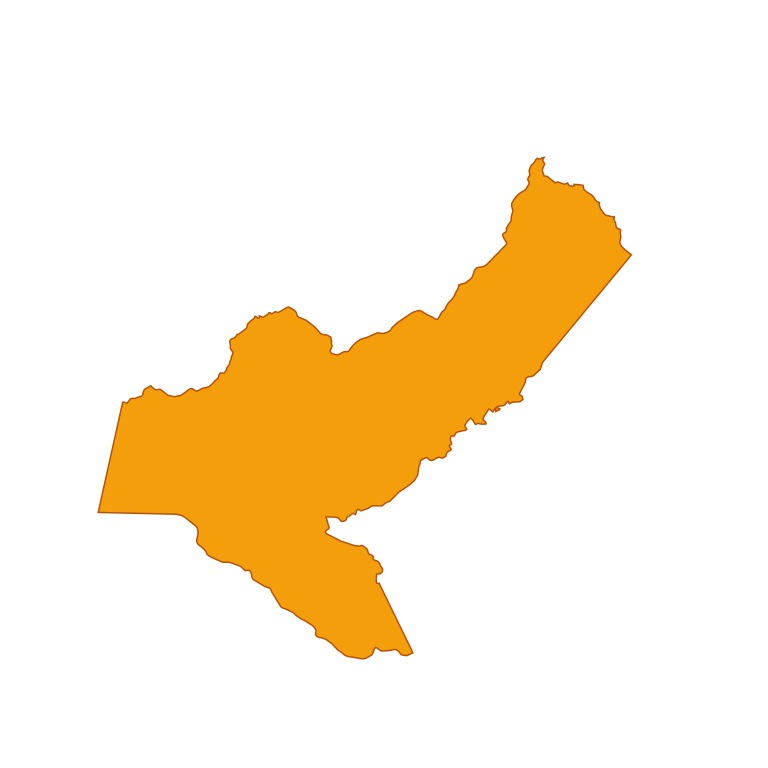 map outline of Sangha (orthographic projection), rotated 129°
{"feature_id": "COG-2880", "entity_name": "Sangha", "entity_type": "Region", "adm_level": 1, "iso_a3": "COG", "parent_name": "Republic of the Congo", "parent_adm1": "", "projection": "orthographic", "projection_center": [15.265, 1.384], "detail": "fine", "context": "isolated", "style": "filled", "palette": "amber", "viewbox_px": 768, "rotation_deg": 129, "n_neighbors": 0, "source": "natural_earth", "source_scale": "10m", "svg_char_len": 6171}
<svg xmlns="http://www.w3.org/2000/svg" viewBox="0 0 768 768"><g transform="rotate(129 384 384)"><path d="M109.3,362.0L106.7,358.3L104.3,354.2L106.8,351.4L107.2,347.9L106.4,341.4L106.9,338.4L107.9,335.7L108.3,333.2L107.3,330.8L109.1,329.7L110.5,327.9L111.6,325.7L113.1,320.5L113.3,318.2L112.7,316.5L112.0,315.4L110.9,312.8L109.0,310.3L109.6,309.7L111.3,309.2L113.2,305.3L115.9,302.3L116.2,300.8L115.4,298.1L115.4,296.9L117.5,295.9L120.1,293.1L120.9,292.4L126.0,289.6L127.5,286.2L128.0,281.6L127.9,273.0L266.6,274.4L267.9,274.2L274.2,271.8L283.3,273.0L285.5,274.3L288.2,276.8L290.3,277.3L291.1,277.0L294.0,275.2L305.3,272.8L306.6,272.4L307.0,271.1L306.7,269.8L306.7,268.5L308.7,266.3L312.4,267.3L317.1,272.6L320.5,274.1L319.3,276.4L320.7,277.1L324.4,277.0L326.4,278.2L329.2,281.1L331.3,281.9L330.3,278.4L331.4,277.9L335.2,280.0L333.2,281.6L332.3,281.9L333.7,282.4L337.1,281.9L337.3,282.9L337.2,286.1L337.6,286.8L346.4,285.8L348.5,285.3L349.5,284.0L349.8,280.5L350.8,279.6L352.8,281.6L354.7,284.4L355.2,285.8L357.9,287.7L356.4,291.7L355.8,295.2L361.5,295.7L364.6,295.3L365.9,294.7L367.0,291.2L368.4,291.4L375.2,296.8L377.4,297.4L380.2,296.5L381.8,299.1L384.2,298.4L386.5,296.0L388.0,293.7L388.8,293.7L390.9,294.5L392.8,290.3L397.4,292.0L401.5,290.5L404.5,291.7L405.2,292.5L406.6,295.7L412.2,297.9L413.3,298.8L414.1,299.9L414.4,300.9L414.0,303.6L414.2,304.2L415.3,305.4L416.0,305.5L419.4,307.0L419.3,307.4L421.0,307.1L423.7,305.7L426.5,304.8L433.8,300.4L440.1,299.6L446.3,300.7L458.4,304.3L472.0,305.8L472.6,306.5L474.1,307.3L475.9,308.0L479.2,308.6L480.3,309.2L485.7,316.1L487.5,317.1L491.3,318.4L494.7,320.6L496.1,321.3L497.1,322.3L497.4,324.4L498.1,325.6L499.8,325.6L503.3,324.0L503.7,326.3L505.8,327.3L508.6,327.9L511.1,328.9L512.5,328.1L514.2,328.1L515.8,328.8L517.0,329.8L517.6,331.5L517.0,334.2L517.0,335.7L518.2,338.2L523.8,345.4L530.2,336.2L531.5,335.9L534.5,336.9L536.1,336.2L536.5,334.0L533.1,318.2L528.3,305.7L525.7,301.4L524.5,300.3L523.6,299.9L523.1,299.1L522.9,293.9L523.3,292.5L525.5,289.4L525.5,288.2L524.6,285.4L524.8,283.9L525.2,283.2L526.7,282.9L527.0,280.9L526.0,278.3L525.7,276.5L526.1,274.8L527.8,271.6L528.7,268.5L531.0,267.1L533.9,267.6L536.5,270.1L542.3,265.8L543.4,264.3L542.7,263.0L541.9,262.4L574.7,192.4L580.5,195.1L582.3,197.6L583.3,199.7L583.5,201.1L582.7,203.5L582.5,205.1L582.9,207.6L583.7,208.8L587.3,211.5L592.5,217.2L593.2,218.5L593.5,219.8L593.6,223.6L594.3,224.7L595.4,224.8L596.4,224.7L599.8,223.4L602.1,223.0L607.1,224.8L609.7,226.2L611.5,228.3L618.5,240.7L619.2,242.7L619.5,244.4L619.3,247.8L619.8,252.3L618.6,261.5L619.0,268.3L620.4,272.7L621.8,274.8L622.4,277.6L621.8,279.6L619.1,281.1L618.2,281.8L617.6,282.8L616.9,286.3L616.8,288.6L617.9,297.4L618.8,300.7L619.2,306.6L618.8,309.4L619.0,311.9L620.8,319.1L621.9,321.9L622.0,323.8L621.7,325.1L616.3,340.3L614.9,342.7L614.6,344.3L616.4,349.3L618.2,362.6L617.9,363.8L617.3,364.8L614.3,368.6L613.8,369.7L613.5,371.1L614.1,372.2L616.1,374.0L616.4,375.0L615.9,379.9L616.2,381.8L619.3,390.5L620.3,392.7L623.2,396.0L624.3,397.8L627.5,410.2L627.8,412.9L627.6,414.9L626.8,416.0L626.1,417.7L625.6,419.7L625.6,427.2L625.4,428.3L624.9,429.3L624.3,430.4L623.3,431.2L616.7,434.8L615.7,435.8L613.2,438.9L612.8,440.7L612.9,455.0L613.7,459.0L616.0,463.6L663.7,525.3L562.6,575.6L561.7,574.6L560.5,571.5L555.5,571.8L554.6,571.6L553.6,570.7L552.0,568.4L549.4,567.1L546.4,564.9L545.0,564.7L544.3,564.8L540.8,566.4L538.6,566.7L535.0,565.2L532.9,564.6L532.4,564.3L532.2,563.9L532.5,559.4L532.2,558.0L531.5,556.9L529.2,555.1L528.8,553.9L528.8,544.9L526.2,539.7L525.4,538.5L523.7,537.3L521.7,535.4L520.4,534.7L514.5,532.9L511.0,532.2L509.5,531.5L508.9,531.0L508.2,529.8L508.0,526.3L507.3,525.1L506.8,524.6L505.5,524.0L502.0,522.6L500.3,521.4L499.3,520.4L496.1,518.3L491.4,517.5L487.9,517.4L483.7,516.6L481.1,517.8L479.7,518.1L478.7,518.1L478.1,517.8L476.9,515.8L475.9,515.2L474.8,515.1L472.4,515.3L470.6,516.2L465.7,516.7L463.8,517.7L460.9,518.4L459.1,519.6L455.2,520.6L454.7,521.2L454.1,522.5L453.5,524.7L452.8,526.0L450.1,528.2L448.2,530.5L447.3,531.0L446.4,531.2L444.9,530.8L442.7,529.5L441.2,529.1L438.2,529.2L435.8,528.0L427.5,526.0L425.6,526.5L423.6,527.6L422.7,527.7L419.1,527.4L414.7,526.2L412.9,526.8L412.3,526.6L412.0,526.1L412.3,523.6L412.1,523.1L411.5,522.6L411.0,522.6L409.6,523.8L409.2,523.4L408.8,521.0L407.9,519.8L402.6,518.2L401.3,518.3L400.6,517.9L400.3,517.3L400.4,515.8L399.0,514.9L396.8,514.2L396.0,513.7L395.3,511.7L393.8,510.6L385.7,507.6L384.8,507.1L384.2,506.4L383.7,505.0L383.2,499.7L383.5,497.6L385.6,494.2L385.8,493.5L385.7,491.9L383.8,486.0L383.4,483.6L383.3,473.1L384.6,465.6L384.6,464.4L384.2,463.1L382.0,459.5L381.6,458.0L381.1,454.8L381.6,454.0L383.0,452.9L383.8,451.6L385.5,450.5L386.8,448.6L387.3,448.2L389.5,447.4L391.9,447.0L392.5,446.5L393.0,445.3L393.1,444.2L392.8,442.8L391.0,438.9L388.9,437.5L383.9,435.3L381.8,432.7L380.8,432.3L379.7,432.2L375.2,432.4L371.4,432.2L367.7,431.5L364.0,430.3L358.5,426.6L349.0,421.7L347.8,420.5L346.1,417.6L345.1,416.3L341.9,414.0L340.1,413.3L337.6,412.8L335.3,413.2L327.6,412.1L312.2,407.4L309.1,406.1L304.8,403.1L304.2,402.2L303.9,401.1L302.6,392.0L301.6,388.7L301.3,385.1L300.5,383.7L299.8,383.2L299.0,383.0L292.1,384.3L287.9,383.7L287.0,383.8L285.0,384.4L280.6,385.0L274.3,384.5L272.6,384.6L267.2,385.9L264.4,386.3L262.1,387.0L259.8,388.2L259.6,387.4L257.9,387.1L254.7,384.5L249.1,383.0L246.2,382.7L243.6,383.3L238.5,385.3L235.5,385.1L233.3,383.5L231.2,381.4L228.6,379.9L226.1,379.3L199.2,376.8L197.2,377.3L195.7,381.7L194.0,385.1L193.5,385.4L191.9,386.0L189.1,384.9L188.2,385.2L185.5,387.0L182.9,387.5L177.4,387.8L173.5,390.6L168.4,392.6L165.2,397.0L163.3,398.3L158.5,399.2L154.2,399.2L149.8,398.4L144.8,396.6L142.7,396.4L139.6,396.8L136.8,397.5L135.6,398.6L134.7,401.1L132.3,401.8L129.7,402.1L127.0,405.4L124.4,406.5L121.5,407.1L116.6,406.7L113.7,407.2L112.2,407.0L111.7,405.0L110.4,404.1L108.7,403.4L107.2,402.1L109.9,401.8L111.0,400.1L111.5,398.1L112.7,397.2L114.7,396.9L117.1,396.1L119.1,394.7L120.5,391.8L121.3,391.3L121.6,390.6L120.0,387.9L119.8,378.9L120.0,377.7L117.7,376.2L115.1,369.3L112.2,367.8L113.1,365.8L112.9,363.9L111.9,362.2L110.3,360.9L109.3,362.0Z" fill="#f59e0b" stroke="#b45309" stroke-width="1.5"/></g></svg>